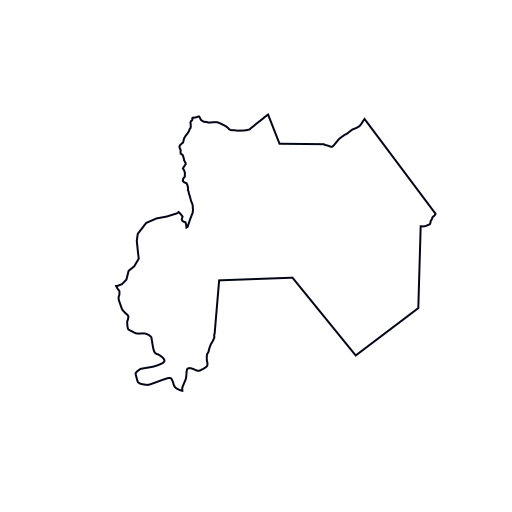 Arada, Santa Bárbara, Honduras (Albers equal-area conic projection), rotated 139°
{"feature_id": "27666195B41783757195237", "entity_name": "Arada", "entity_type": "district", "adm_level": 2, "iso_a3": "HND", "parent_name": "Honduras", "parent_adm1": "Santa Bárbara", "projection": "albers", "projection_center": [-88.298, 14.85], "detail": "fine", "context": "isolated", "style": "outline", "palette": "ink", "viewbox_px": 512, "rotation_deg": 139, "n_neighbors": 0, "source": "geoboundaries", "source_scale": "gbopen_adm2", "svg_char_len": 6072}
<svg xmlns="http://www.w3.org/2000/svg" viewBox="0 0 512 512"><g transform="rotate(139 256 256)"><path d="M154.1,354.8L158.7,355.2L159.3,355.1L161.8,355.2L169.2,355.6L172.5,355.6L175.7,355.8L177.9,355.7L181.3,357.6L183.4,359.1L187.6,362.6L190.1,365.4L192.2,367.2L193.1,369.2L193.2,371.6L193.6,373.5L194.2,375.2L195.7,378.9L197.4,382.3L199.8,384.5L202.2,386.2L204.6,388.1L205.3,389.6L207.0,391.1L207.7,392.5L208.3,394.9L207.6,397.2L207.5,398.8L211.5,400.6L212.6,401.7L213.7,401.8L214.2,400.9L215.3,400.3L216.4,400.5L217.9,399.8L218.7,398.5L220.0,396.8L221.3,395.6L222.9,395.3L223.9,394.7L225.5,393.9L227.5,393.4L229.8,393.0L233.1,392.0L235.0,390.6L236.6,389.5L238.4,389.6L240.9,389.4L242.2,388.6L243.1,386.6L243.3,385.4L244.3,384.5L245.7,382.7L245.3,381.2L245.1,380.1L246.3,377.4L247.6,375.0L248.2,372.2L248.9,371.4L251.7,370.7L253.7,370.0L254.1,367.7L255.1,365.4L257.8,362.5L260.1,362.2L262.0,360.7L261.8,358.5L260.7,356.6L261.3,354.5L262.6,351.9L264.3,350.3L264.5,349.1L265.8,346.8L266.6,344.8L269.0,339.9L269.9,337.1L271.0,335.1L272.3,333.6L273.0,332.4L275.4,330.2L278.9,328.4L282.3,326.6L284.2,325.4L286.6,324.0L288.3,322.9L289.8,323.1L288.8,324.5L288.2,325.4L287.6,326.7L287.2,327.5L287.4,328.3L288.1,329.3L288.5,330.6L288.1,332.2L287.2,332.9L285.5,334.0L285.4,336.3L285.4,338.2L285.6,340.0L287.4,339.9L291.2,341.6L297.4,344.3L306.4,349.6L317.2,353.0L330.7,350.3L336.0,345.7L341.9,337.3L346.3,330.9L354.7,328.1L361.8,328.4L369.3,323.2L375.6,322.7L380.2,324.3L381.2,325.1L381.6,323.7L381.9,322.2L382.0,321.5L382.0,321.1L382.0,320.5L382.0,320.0L382.1,319.7L382.1,319.3L382.3,318.9L382.6,318.5L383.2,317.8L383.7,317.3L384.2,316.7L384.6,316.4L385.0,316.1L386.2,315.4L386.5,315.2L386.8,315.0L387.1,314.6L387.6,314.0L388.2,313.1L388.5,312.6L388.8,311.9L391.9,304.1L392.0,303.8L392.0,303.5L392.1,302.7L392.2,302.2L392.1,300.6L392.1,299.7L392.0,298.8L391.9,297.5L391.6,296.0L391.6,295.8L391.7,295.5L391.7,295.2L391.9,294.6L392.0,294.2L392.2,293.8L392.8,293.3L394.1,292.3L394.4,292.0L395.2,291.6L395.7,291.4L396.2,291.0L396.6,290.7L397.8,289.1L398.5,288.2L399.3,287.0L400.1,285.7L400.3,285.3L400.4,284.9L400.4,284.5L400.4,284.1L400.3,283.7L400.1,283.1L398.1,278.0L397.6,277.0L397.3,276.4L397.1,276.1L396.9,275.9L396.1,275.0L395.0,274.0L394.3,273.5L392.9,272.4L392.0,271.7L391.3,271.0L390.6,270.3L390.3,269.8L389.8,269.0L389.5,268.4L389.2,267.8L388.9,267.1L388.7,266.4L388.5,265.7L388.4,264.9L388.3,264.4L388.3,263.8L388.3,263.4L388.5,263.0L389.6,261.2L392.2,257.0L393.1,255.5L393.6,254.7L394.4,253.2L394.9,252.2L395.1,251.6L395.5,250.7L395.6,250.0L395.7,249.5L395.7,248.9L395.7,248.5L395.5,248.0L395.4,247.6L395.3,247.2L395.0,246.8L394.7,246.4L394.5,246.1L394.4,245.8L394.2,245.3L393.9,244.4L393.6,243.5L393.4,242.3L393.2,241.5L393.1,240.9L393.1,240.3L393.1,239.7L393.1,239.1L393.1,238.7L393.2,238.4L393.3,237.9L393.4,237.6L393.6,237.4L393.8,237.1L394.0,236.9L394.2,236.7L394.4,236.6L394.7,236.5L395.0,236.4L395.5,236.4L396.2,236.4L396.5,236.4L396.9,236.5L397.4,236.6L399.3,237.2L400.4,237.5L403.3,238.6L404.6,239.2L406.1,239.9L407.2,240.5L415.4,245.5L416.4,246.1L416.7,246.3L417.1,246.4L417.5,246.6L418.5,246.7L420.0,246.8L420.7,246.9L421.5,246.9L422.1,246.8L422.6,246.8L423.2,246.7L423.6,246.6L423.8,246.5L423.9,246.3L424.1,246.0L424.4,245.7L425.2,244.1L426.6,241.3L427.4,239.6L427.6,238.9L427.7,238.6L427.8,238.3L427.8,238.0L427.8,237.7L427.7,237.4L427.6,237.0L427.4,236.2L427.1,235.6L426.8,235.1L425.8,233.7L424.8,232.5L423.7,231.2L422.8,230.2L422.2,229.7L421.5,229.3L421.1,229.1L419.8,228.4L418.4,227.9L414.3,226.3L408.2,224.0L403.6,222.1L402.8,221.7L402.1,221.3L401.4,220.8L400.9,220.2L400.7,220.0L400.6,219.7L400.4,219.2L400.4,218.8L400.5,218.3L400.6,217.7L401.0,216.5L401.4,215.3L401.6,214.7L402.1,213.8L402.4,213.1L402.6,212.6L402.8,212.1L402.9,211.6L403.1,210.9L403.1,210.3L403.1,209.8L403.1,209.1L402.8,208.2L402.6,207.4L402.2,206.4L401.6,205.1L401.1,204.2L400.6,203.3L400.0,202.6L399.5,203.3L398.8,204.2L398.3,204.7L397.9,205.0L397.7,205.2L397.4,205.4L393.3,207.4L389.9,209.1L389.3,209.5L388.9,209.8L388.2,210.4L386.8,211.7L384.6,213.9L383.9,214.5L383.3,215.0L382.8,215.5L382.6,215.6L382.3,215.7L381.9,215.8L381.5,215.8L381.1,215.7L380.7,215.6L380.4,215.4L380.1,215.3L379.7,214.9L379.3,214.6L379.0,214.3L378.4,213.4L377.8,212.4L377.2,211.3L376.5,209.7L376.3,209.3L376.0,208.7L375.6,208.1L375.1,207.4L374.7,207.1L374.4,206.9L373.9,206.6L373.2,206.3L371.7,205.9L370.0,205.5L368.5,205.2L367.5,205.1L367.0,205.0L366.5,205.0L366.1,205.0L365.5,205.0L365.2,205.1L364.9,205.2L364.4,205.5L363.9,205.9L363.4,206.4L363.2,206.7L362.9,207.1L362.6,207.5L362.2,208.3L361.9,208.9L361.4,209.7L361.0,210.2L360.1,211.3L358.5,213.0L358.1,213.4L357.7,213.7L357.4,213.9L357.0,214.1L356.7,214.2L356.0,214.4L355.7,214.5L355.3,214.6L354.7,214.9L353.5,215.7L352.3,216.6L351.5,217.1L350.4,217.7L348.9,218.5L348.5,218.8L347.7,219.1L347.1,219.3L345.2,219.9L344.1,220.3L342.7,220.9L341.6,221.5L341.2,221.7L340.9,221.9L340.6,222.2L340.4,222.4L339.9,223.2L339.5,223.7L339.1,224.0L338.8,224.2L338.5,224.4L338.1,224.6L299.8,261.8L242.7,215.7L246.0,115.5L167.7,110.2L112.2,170.4L111.4,169.6L110.6,168.8L109.6,168.1L108.5,167.4L108.2,167.3L106.7,166.8L105.3,166.3L104.5,166.1L103.9,166.0L103.6,166.0L103.3,166.1L101.2,167.8L99.8,168.2L98.7,168.6L98.3,168.9L97.8,169.2L97.5,169.4L97.4,169.4L97.1,169.5L96.5,169.5L95.9,169.5L95.2,169.4L94.9,169.4L93.8,169.7L93.2,169.9L92.9,170.0L92.7,170.3L92.6,170.6L92.6,170.9L92.6,171.2L92.7,171.5L84.2,288.2L87.4,287.4L88.8,286.9L90.4,286.5L91.5,286.3L92.1,286.2L92.6,286.2L93.2,286.2L93.9,286.3L95.4,286.6L96.1,286.8L96.8,287.0L97.7,287.3L99.3,287.9L99.8,288.1L100.3,288.2L101.0,288.3L102.5,288.4L104.2,288.5L106.0,288.5L106.9,288.6L107.7,288.7L108.8,289.1L109.7,289.3L111.1,289.4L112.8,289.6L114.1,289.7L116.0,289.8L116.8,289.8L118.1,289.6L122.7,288.8L124.6,288.5L125.4,288.5L126.2,288.4L126.7,288.5L126.9,288.5L127.1,288.6L127.3,288.8L127.6,289.1L128.2,290.0L128.7,291.0L129.3,292.0L129.6,292.5L129.8,292.8L130.4,293.6L130.9,294.2L131.0,294.5L131.2,294.9L131.4,295.4L131.5,295.9L164.6,325.3L154.1,354.8Z" fill="none" stroke="#020617" stroke-width="2"/></g></svg>